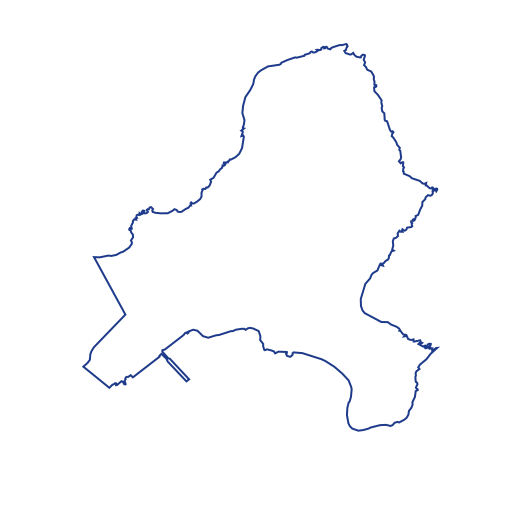 outline of Moule A Chique, Vieux Fort, Saint Lucia, rotated 259°
{"feature_id": "8701671B37545518209863", "entity_name": "Moule A Chique", "entity_type": "district", "adm_level": 2, "iso_a3": "LCA", "parent_name": "Saint Lucia", "parent_adm1": "Vieux Fort", "projection": "robinson", "projection_center": [-60.948, 13.716], "detail": "fine", "context": "isolated", "style": "outline", "palette": "blue", "viewbox_px": 512, "rotation_deg": 259, "n_neighbors": 0, "source": "geoboundaries", "source_scale": "gbopen_adm2", "svg_char_len": 6117}
<svg xmlns="http://www.w3.org/2000/svg" viewBox="0 0 512 512"><g transform="rotate(259 256 256)"><path d="M285.8,96.8L223.4,116.6L197.3,79.4L193.9,76.3L191.1,74.6L185.8,73.1L183.2,70.3L180.3,65.4L154.6,86.9L156.9,90.3L157.6,93.1L158.0,93.4L157.8,94.3L157.1,94.6L155.9,94.1L155.8,94.8L158.8,100.2L157.7,101.4L155.4,102.1L154.9,103.0L155.1,103.6L158.7,103.2L159.9,104.5L160.8,104.4L161.5,104.9L162.0,106.0L161.7,107.5L162.9,110.2L160.4,112.0L175.6,142.2L176.4,142.1L178.0,144.5L172.0,148.6L169.2,149.2L146.2,163.8L147.7,166.8L171.6,151.8L172.2,150.5L180.0,145.8L181.5,146.3L181.5,148.4L182.4,150.3L192.2,169.8L193.8,171.6L194.2,172.9L193.0,173.9L193.6,175.0L194.4,174.6L194.8,175.4L195.6,180.3L193.8,184.3L187.4,188.7L184.9,193.5L185.8,201.9L185.5,204.5L187.0,217.0L186.7,219.0L187.5,222.1L187.3,227.9L186.7,230.8L185.5,231.8L186.6,234.4L186.6,236.4L185.4,239.4L181.8,244.3L176.5,245.0L172.6,244.1L168.3,246.3L166.1,245.8L162.3,246.2L161.8,246.8L162.3,248.9L160.6,252.6L159.0,255.3L156.8,256.2L157.8,259.8L155.9,267.9L155.0,267.9L154.3,266.8L152.5,267.3L151.9,267.6L150.8,269.8L150.5,270.7L152.1,273.1L153.5,273.3L154.2,274.5L151.8,283.0L142.2,300.6L139.6,304.1L132.3,311.8L124.2,318.2L116.2,323.2L109.0,324.5L106.6,324.4L99.5,322.3L95.1,320.0L94.5,319.0L89.5,316.7L82.4,314.9L74.2,314.8L71.0,315.7L68.3,317.5L65.0,323.1L64.7,328.0L65.1,333.7L65.7,335.2L66.3,345.4L65.4,351.5L63.5,355.6L63.9,357.7L65.9,360.4L66.1,363.3L65.3,364.7L67.0,370.3L68.4,372.9L71.1,375.3L74.8,376.6L77.5,379.7L80.4,381.4L82.7,381.7L87.3,385.1L92.9,387.0L93.5,389.1L94.2,389.3L95.3,388.2L96.4,387.9L99.3,390.0L100.8,390.0L101.8,389.0L103.3,388.9L106.9,389.4L108.3,390.2L110.6,390.3L112.3,391.6L113.9,394.9L115.7,394.0L118.1,396.2L122.2,403.7L126.7,408.8L131.2,416.3L131.3,415.0L129.9,412.6L129.6,411.0L131.6,411.5L131.5,410.4L133.0,409.8L131.9,408.7L132.3,408.2L133.6,408.4L135.5,410.6L136.4,410.8L136.7,409.9L136.6,408.2L135.8,407.4L133.4,406.6L133.0,405.8L133.1,404.7L134.2,404.2L134.7,405.9L135.4,406.1L135.8,404.7L135.2,402.8L138.6,398.7L139.4,400.0L138.7,401.9L139.0,402.5L139.8,401.4L141.9,401.1L141.8,394.9L142.0,394.4L144.1,394.7L143.9,393.0L144.4,391.2L145.7,389.4L148.7,388.8L148.8,386.2L150.0,387.8L151.1,385.4L155.0,383.5L155.3,382.5L156.3,383.1L157.5,382.6L159.8,380.4L163.0,375.4L165.9,372.8L167.3,366.4L179.2,351.8L182.2,350.2L186.8,349.5L193.7,350.6L207.8,358.0L212.3,363.8L215.3,365.7L216.9,367.6L218.6,372.4L224.3,376.2L224.7,376.9L223.1,377.2L222.3,378.8L223.7,378.5L224.4,378.9L224.6,380.0L226.4,382.3L227.2,384.6L228.2,385.8L231.1,386.7L231.3,387.5L234.1,389.4L234.7,390.1L235.0,392.2L236.2,390.9L240.3,392.8L244.3,393.1L246.9,394.6L247.2,397.0L248.5,399.2L251.1,399.3L253.4,401.6L252.3,402.4L251.8,404.4L253.1,404.1L254.3,404.9L252.6,406.4L252.6,407.4L253.1,408.5L255.0,409.8L254.8,414.1L255.4,415.0L257.8,414.9L258.4,415.6L259.5,414.8L260.3,414.9L260.2,415.6L261.8,417.0L262.1,417.8L261.8,418.2L260.7,418.0L260.8,418.4L263.1,420.0L264.8,420.3L265.3,422.8L265.8,423.3L270.4,426.1L273.7,428.8L277.2,429.6L279.5,433.0L281.2,433.7L282.9,436.4L281.9,438.6L282.2,440.1L283.8,441.6L285.9,441.7L286.6,444.8L285.1,445.3L286.6,446.6L287.4,446.6L287.8,446.0L287.6,442.5L288.7,442.9L289.6,442.5L289.7,441.9L288.9,440.8L289.4,439.4L292.6,437.0L292.9,436.1L295.2,437.0L294.7,435.0L295.5,433.3L298.5,431.1L302.5,424.0L305.1,422.0L308.6,416.8L310.7,417.0L311.3,416.5L313.6,417.3L314.7,418.2L316.1,417.4L319.6,418.4L320.1,418.2L320.0,417.2L319.4,415.7L321.7,414.4L323.3,416.3L324.8,417.2L331.5,417.7L332.9,416.9L334.7,417.8L338.1,415.8L341.0,415.4L346.2,413.3L347.7,412.1L350.0,413.1L351.2,414.5L351.8,414.4L352.4,413.9L352.1,412.8L352.6,412.2L354.5,411.5L363.2,410.4L364.1,408.7L365.0,408.3L371.6,409.2L373.8,407.6L375.9,407.5L377.7,407.7L378.9,408.5L382.8,408.3L384.8,409.0L390.8,406.5L395.1,403.7L398.6,404.0L399.4,404.6L399.1,405.8L399.8,406.6L400.9,406.5L401.6,404.9L404.5,405.6L407.1,405.3L409.2,406.0L411.3,405.7L415.1,404.3L417.7,400.7L420.7,399.9L422.7,398.5L425.1,400.0L428.2,399.2L431.7,401.2L432.6,401.0L433.2,399.3L432.5,397.7L431.0,396.9L431.0,396.1L432.5,392.6L434.5,391.0L436.8,390.2L435.8,388.1L435.8,386.7L438.1,382.7L440.5,381.8L441.2,383.7L443.1,384.5L444.4,385.9L444.9,385.5L446.1,385.7L446.9,385.0L446.6,380.6L447.1,378.5L446.4,372.3L445.9,369.7L444.7,368.3L446.1,365.8L447.8,365.3L448.0,364.6L446.7,363.3L446.8,362.5L448.2,362.6L448.5,361.9L447.6,359.8L446.2,359.4L445.9,357.8L446.7,356.1L446.7,355.2L446.0,355.9L445.4,355.5L444.6,352.3L444.8,351.0L446.0,350.0L446.0,348.7L444.7,347.3L444.2,342.2L443.3,341.7L442.9,333.8L443.5,332.4L442.4,324.3L440.9,317.8L439.8,316.9L439.3,315.6L439.8,303.8L437.3,296.3L435.7,293.1L432.6,289.7L429.7,287.8L425.3,286.1L420.1,282.1L414.0,275.9L405.9,272.0L399.0,269.9L391.4,270.6L387.2,269.1L384.7,267.6L384.1,267.5L383.5,268.6L381.9,265.5L380.9,266.7L380.1,266.7L376.5,264.6L376.7,266.5L375.3,266.8L364.6,262.9L359.5,259.0L357.0,254.9L355.5,250.1L355.8,248.6L354.7,248.1L354.1,246.4L353.3,246.3L353.9,242.3L352.9,242.0L352.4,243.7L351.1,242.7L350.7,241.5L351.2,240.4L349.1,239.6L348.0,237.4L346.1,235.4L345.4,233.2L340.9,229.3L339.6,225.6L337.5,226.1L333.9,223.8L332.4,221.6L332.8,220.3L331.5,219.1L332.0,217.2L331.6,215.9L330.5,216.0L328.8,214.7L324.6,213.8L322.5,212.0L320.7,208.7L319.4,205.1L319.6,203.8L321.0,202.6L320.4,201.9L318.1,201.9L318.4,201.3L316.3,198.9L315.6,196.0L313.7,191.6L313.6,189.8L314.5,187.6L316.2,187.0L317.5,184.9L316.3,182.7L314.8,177.5L316.1,170.5L317.6,165.5L319.0,163.0L320.6,162.9L321.7,163.9L323.9,162.4L324.1,161.7L323.7,160.7L322.3,159.7L322.6,158.5L322.0,157.6L319.9,158.3L319.2,157.2L318.9,156.0L319.4,154.0L321.6,155.0L322.2,153.7L321.2,152.3L319.1,152.3L318.9,151.1L320.2,150.0L318.5,149.7L318.6,149.1L319.3,149.0L318.8,146.7L317.2,146.0L316.1,146.4L316.1,145.1L314.5,145.3L315.2,143.4L313.8,141.8L312.2,141.5L309.5,139.3L307.8,139.1L307.3,138.6L307.6,137.6L307.1,137.2L306.5,140.2L306.5,136.8L305.6,136.8L305.3,137.8L302.8,138.0L300.7,139.2L297.8,138.9L295.1,136.2L293.1,136.8L291.4,136.2L288.4,133.0L285.5,126.2L285.3,123.9L283.7,118.9L283.7,113.9L284.6,111.0L284.5,102.4L285.8,96.8Z" fill="none" stroke="#1e3a8a" stroke-width="2"/></g></svg>